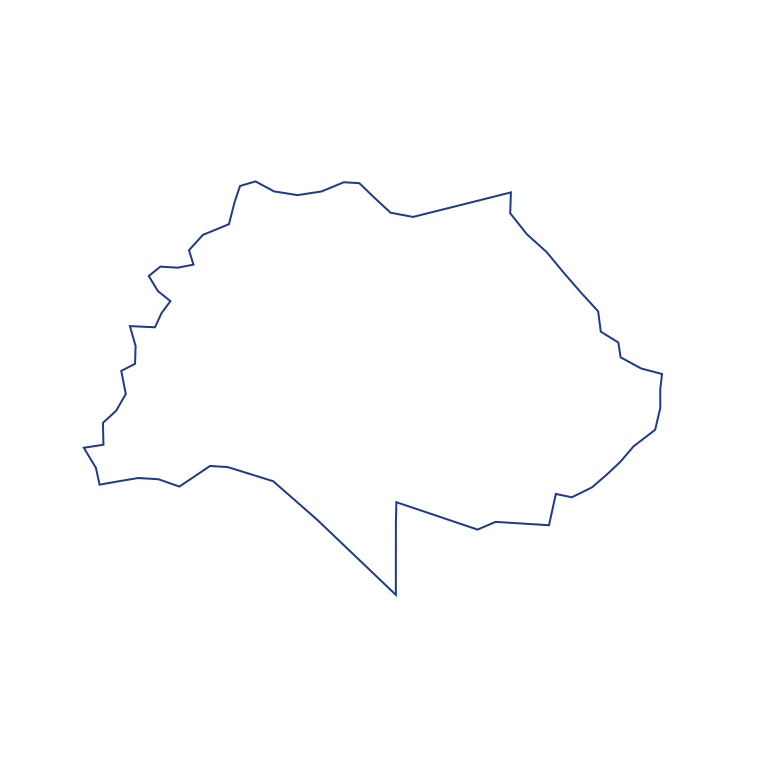 Tigrinhos, Santa Catarina, Brazil (Mercator projection), rotated 300°
{"feature_id": "56859067B32448575556431", "entity_name": "Tigrinhos", "entity_type": "district", "adm_level": 2, "iso_a3": "BRA", "parent_name": "Brazil", "parent_adm1": "Santa Catarina", "projection": "mercator", "projection_center": [-53.157, -26.678], "detail": "fine", "context": "isolated", "style": "outline", "palette": "blue", "viewbox_px": 768, "rotation_deg": 300, "n_neighbors": 0, "source": "geoboundaries", "source_scale": "gbopen_adm2", "svg_char_len": 994}
<svg xmlns="http://www.w3.org/2000/svg" viewBox="0 0 768 768"><g transform="rotate(300 384 384)"><path d="M495.2,171.4L483.5,160.3L466.6,163.7L444.9,169.8L422.6,152.6L402.4,148.2L392.1,159.3L381.6,147.2L373.8,131.6L359.9,126.3L351.4,141.8L349.0,157.6L334.3,155.9L318.6,157.3L307.1,135.0L292.7,149.9L277.0,158.3L264.0,149.9L246.2,165.4L226.9,165.4L209.8,160.0L191.1,171.4L178.7,155.9L167.3,176.5L154.6,188.0L167.3,203.1L179.6,218.0L188.7,236.2L192.9,258.1L226.0,274.3L233.9,290.2L244.4,336.7L233.0,394.1L207.3,499.7L269.4,463.9L287.8,453.8L304.7,537.8L320.4,549.6L344.2,597.5L374.7,587.8L379.8,603.3L398.5,615.8L417.8,622.5L434.9,627.6L454.8,631.3L479.9,641.7L501.3,635.3L517.5,625.9L531.7,619.8L526.0,598.9L525.4,575.6L537.1,566.2L537.7,545.6L554.0,533.1L561.9,508.1L570.3,483.8L579.6,458.8L585.1,432.9L595.0,407.9L613.4,398.1L543.2,325.6L535.6,304.0L540.8,281.4L545.6,262.2L538.6,248.3L519.4,233.5L504.3,214.6L495.8,192.4L495.2,171.4Z" fill="none" stroke="#1e3a8a" stroke-width="2"/></g></svg>